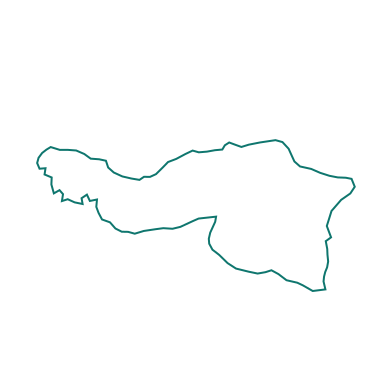 Areiópolis, São Paulo, Brazil (Robinson projection), rotated 283°
{"feature_id": "56859067B34609023861166", "entity_name": "Areiópolis", "entity_type": "district", "adm_level": 2, "iso_a3": "BRA", "parent_name": "Brazil", "parent_adm1": "São Paulo", "projection": "robinson", "projection_center": [-48.654, -22.616], "detail": "fine", "context": "isolated", "style": "outline", "palette": "teal", "viewbox_px": 384, "rotation_deg": 283, "n_neighbors": 0, "source": "geoboundaries", "source_scale": "gbopen_adm2", "svg_char_len": 1507}
<svg xmlns="http://www.w3.org/2000/svg" viewBox="0 0 384 384"><g transform="rotate(283 192 192)"><path d="M204.0,44.2L200.5,40.6L196.3,37.2L190.8,34.8L185.4,34.6L180.4,38.2L182.2,43.9L175.9,44.4L174.6,52.0L167.7,53.3L159.6,57.7L164.0,62.5L160.9,66.8L153.9,67.3L157.0,72.5L155.5,80.0L155.7,88.1L161.1,85.8L165.8,90.2L160.3,94.5L163.3,101.1L156.0,102.1L150.7,105.6L145.0,110.5L144.0,118.9L139.2,125.6L137.5,132.5L138.8,138.7L138.5,145.6L143.2,153.8L147.6,165.0L150.3,172.2L151.8,181.3L155.4,188.5L163.8,199.3L167.6,204.4L173.4,221.0L168.2,221.3L156.5,218.9L150.2,218.9L145.5,220.4L140.4,224.9L136.9,232.5L130.7,242.7L127.3,252.1L127.1,265.0L127.3,274.3L130.4,281.6L133.6,287.0L131.5,294.6L127.3,303.9L127.3,315.0L126.0,321.0L122.7,331.9L127.1,343.9L134.4,340.3L139.3,339.7L144.0,339.8L149.0,340.6L154.9,340.3L161.4,338.1L166.9,336.6L174.2,333.4L179.1,337.7L184.8,333.9L189.2,331.0L196.8,331.6L204.9,332.2L217.9,339.1L226.2,346.6L233.7,349.4L240.7,344.5L240.5,338.7L239.0,330.7L238.7,322.3L239.5,312.6L241.3,302.9L241.2,291.5L244.8,284.9L249.6,281.2L255.9,276.4L261.0,268.9L261.3,261.7L255.6,247.2L250.9,236.7L247.0,230.0L247.8,223.3L248.6,217.1L244.9,213.5L240.2,212.0L237.9,205.0L234.7,197.5L232.2,189.7L232.5,183.3L227.5,177.0L220.7,169.2L215.8,161.9L209.5,158.1L201.3,152.9L197.3,147.7L196.0,141.8L192.0,138.1L191.5,130.0L191.5,120.6L193.4,111.4L197.0,104.8L203.1,101.1L203.0,94.2L201.7,85.8L204.8,78.5L206.4,69.8L205.1,61.4L203.3,53.8L204.0,44.2Z" fill="none" stroke="#0f766e" stroke-width="2"/></g></svg>